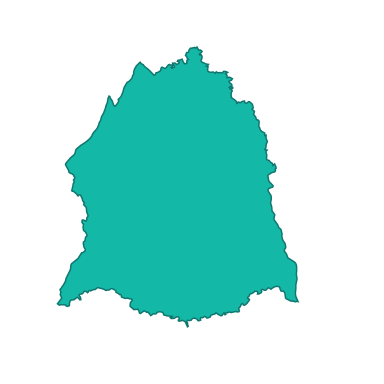 outline of Normandia, Roraima, Brazil, rotated 284°
{"feature_id": "56859067B69420104555391", "entity_name": "Normandia", "entity_type": "district", "adm_level": 2, "iso_a3": "BRA", "parent_name": "Brazil", "parent_adm1": "Roraima", "projection": "mercator", "projection_center": [-60.024, 3.837], "detail": "fine", "context": "isolated", "style": "filled", "palette": "teal", "viewbox_px": 384, "rotation_deg": 284, "n_neighbors": 0, "source": "geoboundaries", "source_scale": "gbopen_adm2", "svg_char_len": 5925}
<svg xmlns="http://www.w3.org/2000/svg" viewBox="0 0 384 384"><g transform="rotate(284 192 192)"><path d="M111.3,321.4L115.8,318.0L118.6,316.8L123.0,316.2L127.2,315.2L133.2,314.9L137.5,313.1L140.4,312.7L145.7,311.3L147.7,310.0L148.8,308.5L151.3,300.9L154.8,298.6L157.1,295.8L158.8,295.7L160.1,296.3L161.3,296.3L164.4,294.8L167.1,292.0L168.7,290.8L171.0,289.8L173.2,289.5L177.2,287.3L178.6,284.7L181.0,283.0L184.7,278.6L186.1,277.9L190.0,277.8L192.9,274.3L197.0,272.9L200.3,270.9L204.5,270.6L207.1,269.8L207.9,269.3L211.3,265.7L212.8,265.2L214.3,266.0L216.1,268.8L216.8,269.3L217.8,269.1L220.3,265.0L221.5,263.7L226.3,261.6L227.7,262.4L230.0,264.6L231.7,267.6L232.9,267.8L234.6,267.2L235.5,267.9L236.6,267.4L239.2,265.4L237.3,264.1L239.1,263.2L240.0,260.8L241.2,259.3L241.4,256.9L242.2,256.3L245.9,255.6L249.1,253.9L250.8,254.8L250.9,252.4L252.7,253.0L256.7,252.4L259.0,253.0L262.4,250.7L265.1,250.2L264.4,248.9L266.8,248.3L267.6,245.1L268.9,243.1L270.5,242.3L271.7,241.0L276.5,240.1L277.3,239.6L277.8,238.8L277.9,237.3L278.4,236.6L280.3,235.6L282.0,233.1L285.3,233.1L286.9,230.2L288.0,230.9L288.9,230.9L291.8,229.3L293.4,226.2L293.4,225.1L291.8,223.9L291.2,222.8L291.5,221.6L293.0,220.9L292.0,218.8L291.4,218.1L290.6,217.8L290.2,216.9L290.6,215.7L290.3,214.8L289.3,214.7L288.8,214.1L290.7,212.9L291.5,211.6L293.2,207.3L294.4,207.1L295.5,206.3L296.7,206.4L297.7,205.9L299.6,206.6L300.3,206.2L301.0,204.3L302.6,202.8L303.6,203.4L303.1,204.2L302.2,204.5L301.9,205.3L302.2,206.2L302.9,206.5L304.0,205.1L305.5,204.8L306.2,204.3L307.3,202.0L308.2,201.1L309.2,201.9L309.9,203.2L311.7,203.8L312.5,200.7L312.3,199.9L311.5,199.3L311.4,198.3L313.7,197.8L314.9,195.9L316.7,197.7L317.0,196.4L316.9,193.8L316.2,193.1L315.2,192.9L314.6,192.1L314.8,190.9L313.9,187.8L314.5,186.5L312.8,185.7L313.6,183.7L312.6,180.9L312.7,178.8L313.3,178.0L314.2,177.6L317.5,177.2L317.5,175.6L318.8,176.8L319.8,177.1L319.6,175.1L320.4,170.3L321.5,168.9L324.1,169.3L326.1,168.9L327.5,167.6L326.8,166.6L327.5,165.8L330.7,167.8L331.5,166.9L331.8,165.5L331.2,164.2L333.9,161.8L332.4,160.4L332.9,159.5L331.4,156.8L331.2,155.7L329.2,154.8L326.9,154.8L326.2,154.2L326.1,153.1L322.9,152.7L321.8,154.4L320.8,154.8L319.8,156.5L318.5,155.2L316.2,155.7L315.2,155.5L314.7,153.6L316.2,151.9L318.5,150.3L316.9,147.9L316.7,147.1L316.1,146.3L315.2,146.2L315.0,148.3L313.8,148.2L312.0,146.5L313.0,144.3L312.3,142.0L311.4,142.6L310.0,144.5L309.2,144.9L308.4,144.3L307.2,142.5L307.7,141.7L309.4,142.8L310.5,142.2L310.0,140.4L310.3,139.2L309.5,138.3L305.8,136.6L305.3,135.7L305.9,132.7L305.0,132.1L303.7,132.0L302.8,132.4L301.2,131.4L299.7,129.8L298.9,128.2L297.1,128.0L296.0,127.2L300.2,120.3L302.3,115.6L303.8,113.8L304.1,111.9L305.4,110.3L301.1,107.6L297.4,106.5L294.0,106.4L292.4,106.9L290.6,106.3L287.9,106.2L284.2,104.2L282.6,102.5L279.6,101.6L277.2,100.9L271.5,100.7L267.3,100.0L263.9,98.0L263.2,98.6L262.2,98.9L259.1,97.9L256.7,96.8L257.1,95.2L261.5,92.2L263.6,89.7L264.8,89.2L265.0,88.3L262.6,87.9L258.2,88.2L254.9,87.7L251.9,87.7L247.1,87.1L243.0,86.0L239.3,86.0L237.2,85.3L233.4,85.1L230.5,84.5L225.9,82.1L223.8,81.4L222.2,81.3L218.8,79.8L214.3,76.5L210.4,72.8L205.4,69.2L200.2,69.0L195.7,65.8L189.3,62.7L188.0,62.6L182.8,67.3L181.4,67.8L180.6,69.8L180.8,70.9L179.5,73.4L178.6,73.7L177.9,74.8L176.0,74.6L175.3,74.1L174.5,74.3L173.7,75.2L170.8,74.7L169.8,75.0L164.1,75.0L163.8,75.9L164.0,76.7L162.5,79.9L160.6,82.4L162.0,83.0L162.0,84.2L161.6,85.1L160.0,86.1L159.4,86.9L157.5,87.8L155.9,89.3L155.6,90.2L153.5,89.9L151.4,93.2L147.0,94.7L144.5,96.6L143.0,96.9L141.7,96.2L139.9,96.6L138.1,96.1L138.6,93.4L138.1,92.2L135.8,92.6L134.4,94.5L131.5,94.8L128.6,96.0L127.1,98.7L124.8,100.5L123.8,100.7L122.5,99.7L118.7,99.9L117.2,98.8L115.6,99.0L112.0,100.8L111.0,102.1L110.0,102.4L108.8,102.2L107.1,101.1L106.3,99.6L99.9,97.5L93.3,92.5L91.9,92.2L87.4,92.8L77.6,90.7L75.0,90.8L70.1,89.6L69.1,88.9L67.8,88.7L65.4,87.5L63.2,89.0L60.4,89.0L58.6,90.6L57.3,91.2L51.0,88.5L50.1,90.7L51.0,92.1L51.8,96.7L51.0,97.5L50.8,98.7L52.0,100.5L54.8,100.0L56.6,100.1L57.9,100.9L59.0,103.7L61.9,105.9L61.8,107.2L60.2,109.3L60.7,110.2L62.9,109.2L64.6,107.2L65.6,107.8L66.8,110.4L69.7,111.5L69.8,113.5L69.0,115.1L69.7,115.5L70.7,115.5L71.7,116.4L71.4,117.3L73.7,120.4L73.9,121.6L76.5,123.6L76.4,129.6L75.7,132.1L75.9,133.1L76.5,133.7L76.9,135.4L78.7,136.9L78.9,137.8L78.3,140.8L77.2,142.4L76.2,142.6L75.8,145.0L74.9,146.4L75.3,147.5L74.7,148.3L73.0,149.0L72.6,153.0L73.5,155.5L73.2,157.3L73.6,159.2L72.5,160.2L69.8,159.0L66.2,159.5L63.8,164.0L65.1,167.9L63.6,169.4L61.8,170.3L61.6,171.3L65.2,174.4L64.3,177.3L64.8,178.4L62.1,181.9L64.5,184.0L64.8,186.0L65.2,186.7L66.8,187.3L67.8,189.0L68.2,191.3L68.1,192.4L67.5,193.4L65.9,194.4L65.8,197.8L66.6,203.1L65.8,202.8L64.9,201.3L64.2,202.4L65.0,205.1L67.4,207.6L67.4,209.0L66.6,210.1L65.8,210.4L64.4,209.7L63.6,210.1L63.6,211.0L65.2,214.0L64.8,215.9L64.2,217.1L60.1,220.2L60.8,220.8L62.6,219.7L63.9,219.4L64.5,218.5L65.3,218.2L66.4,218.6L66.5,220.3L67.4,222.2L69.1,222.9L69.9,223.9L70.2,225.9L69.9,227.3L68.7,228.9L68.7,229.8L69.7,231.4L71.3,230.7L72.3,230.8L72.5,232.6L74.3,234.4L74.2,235.4L73.3,237.0L73.7,237.9L75.2,240.0L77.2,240.2L79.2,243.8L80.6,244.5L79.7,246.5L78.9,250.0L79.5,251.1L82.5,252.2L80.9,253.6L81.4,254.4L82.5,254.0L83.3,254.4L83.4,255.8L84.6,257.1L84.5,259.1L86.5,263.0L86.7,265.3L87.2,266.5L88.0,266.7L90.5,265.4L92.5,266.6L95.0,267.0L96.0,268.1L94.8,269.3L94.8,270.2L95.6,271.1L97.1,272.2L101.3,273.9L102.2,273.0L102.4,271.5L103.5,271.6L104.7,272.6L106.7,272.8L108.9,275.6L110.8,277.0L111.3,279.5L110.4,280.2L108.8,280.3L109.2,281.5L111.2,283.6L112.1,283.8L113.6,282.9L114.4,283.5L114.6,284.4L114.2,285.6L114.3,286.9L115.2,287.9L116.6,288.4L117.4,289.2L117.5,290.1L116.8,292.2L118.0,293.0L120.2,295.4L120.9,296.7L121.2,299.4L120.3,300.5L119.1,300.9L117.4,302.4L117.9,304.9L116.3,306.6L111.8,308.4L111.2,309.3L110.1,314.3L110.6,316.6L110.4,318.7L111.3,320.3L111.3,321.4Z" fill="#14b8a6" stroke="#0f766e" stroke-width="1.5"/></g></svg>